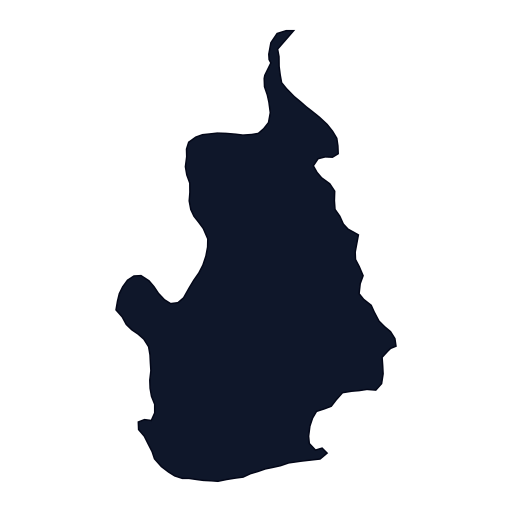 the district of VI-1 East Berbice/W.Canje, East Berbice-Corentyne, Guyana
{"feature_id": "73187651B47242148474539", "entity_name": "VI-1 East Berbice/W.Canje", "entity_type": "district", "adm_level": 2, "iso_a3": "GUY", "parent_name": "Guyana", "parent_adm1": "East Berbice-Corentyne", "projection": "robinson", "projection_center": [-57.533, 6.069], "detail": "fine", "context": "isolated", "style": "filled", "palette": "ink", "viewbox_px": 512, "rotation_deg": 0, "n_neighbors": 0, "source": "geoboundaries", "source_scale": "gbopen_adm2", "svg_char_len": 2118}
<svg xmlns="http://www.w3.org/2000/svg" viewBox="0 0 512 512"><path d="M211.5,480.8L217.9,481.3L226.6,479.5L235.3,478.1L243.1,477.1L250.4,473.7L257.9,471.5L265.4,468.9L272.3,467.5L280.5,465.7L288.7,462.9L301.5,461.1L320.1,459.0L327.1,453.1L322.1,448.1L315.5,450.1L309.3,443.5L308.6,436.2L309.9,426.1L312.6,418.0L316.5,411.4L324.5,408.8L331.3,406.2L336.3,399.7L342.5,392.7L351.8,391.2L359.2,390.6L366.9,389.4L375.8,390.1L381.6,383.6L383.1,373.9L382.7,365.7L382.1,357.3L387.9,351.0L390.6,348.4L396.0,346.2L394.9,338.6L390.5,331.6L384.5,326.6L379.0,321.1L374.2,312.0L371.2,305.3L363.6,299.3L359.1,293.7L360.2,283.7L363.1,275.7L359.2,266.5L355.5,259.5L355.2,252.1L356.6,244.5L358.4,234.9L348.0,229.1L343.3,224.0L339.8,216.2L335.0,209.4L334.4,200.6L334.7,191.2L329.8,183.8L321.6,177.8L317.0,172.4L313.3,165.8L318.1,158.7L325.2,156.9L332.5,157.2L338.2,153.7L337.9,145.9L336.8,138.3L332.6,131.3L327.1,124.4L319.5,117.3L311.9,111.2L306.2,106.8L301.1,102.3L294.1,96.5L286.5,88.7L281.6,82.7L280.2,74.9L279.1,66.3L279.0,56.7L277.6,49.1L293.6,30.7L286.1,30.7L277.1,33.5L270.9,42.7L268.8,54.2L269.1,59.6L270.9,62.9L264.8,75.3L264.2,78.5L264.5,86.7L267.3,94.9L268.9,102.1L270.3,112.7L268.5,122.6L263.7,128.7L258.3,133.4L251.8,134.5L242.9,135.1L235.6,134.2L226.0,133.4L217.3,133.1L210.2,133.9L202.5,134.7L195.8,137.1L188.7,142.2L186.5,149.1L186.7,156.7L185.4,166.7L186.8,174.9L189.8,183.1L189.9,192.3L189.2,200.9L190.8,209.5L194.0,216.3L198.6,222.1L203.3,228.5L207.8,238.9L207.6,247.1L205.9,256.1L202.9,265.1L198.9,272.9L193.8,280.2L189.1,288.0L183.6,297.8L177.9,302.7L170.6,303.6L164.4,299.7L158.4,293.3L154.0,286.7L149.0,280.8L141.0,275.6L133.9,276.0L127.5,280.2L122.7,286.8L119.3,293.7L117.5,301.1L116.0,309.9L122.2,316.9L126.3,324.5L131.8,329.8L138.0,334.0L143.8,339.1L148.6,346.7L150.0,354.9L150.4,362.9L150.9,370.7L149.8,380.1L150.1,388.3L151.5,396.3L154.7,404.3L154.7,412.9L151.3,420.5L144.5,419.6L138.3,422.0L138.6,429.6L144.3,436.2L148.3,444.2L152.1,451.6L154.5,458.8L161.4,466.6L168.5,472.0L174.7,475.9L182.4,478.4L189.1,478.4L196.6,479.5L203.3,480.4L211.5,480.8Z" fill="#0f172a" stroke="#020617" stroke-width="1.5"/></svg>